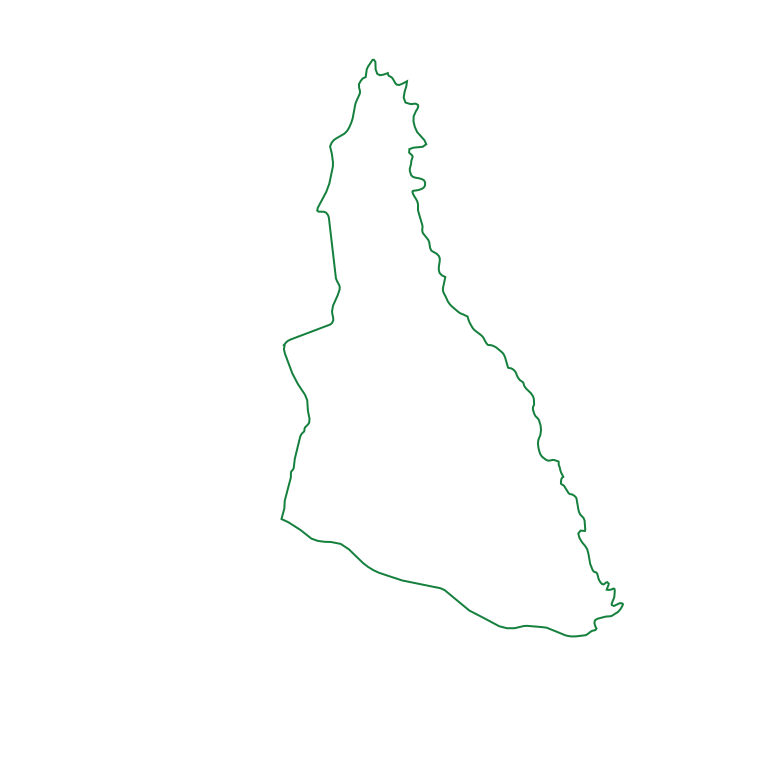 outline of Afar, rotated 159°
{"feature_id": "ETH-3111", "entity_name": "Afar", "entity_type": "Administrative State", "adm_level": 1, "iso_a3": "ETH", "parent_name": "Ethiopia", "parent_adm1": "", "projection": "albers", "projection_center": [40.326, 11.654], "detail": "fine", "context": "isolated", "style": "outline", "palette": "green", "viewbox_px": 768, "rotation_deg": 159, "n_neighbors": 0, "source": "natural_earth", "source_scale": "10m", "svg_char_len": 4513}
<svg xmlns="http://www.w3.org/2000/svg" viewBox="0 0 768 768"><g transform="rotate(159 384 384)"><path d="M485.3,358.8L481.3,364.6L480.1,365.9L478.7,367.0L477.2,367.7L476.0,368.1L475.1,368.8L474.5,370.3L473.4,371.7L469.2,373.6L467.7,374.7L466.0,378.2L464.6,386.4L461.5,396.3L461.6,402.3L464.4,414.8L465.8,426.7L465.6,447.7L465.0,452.3L463.1,455.4L463.6,456.2L462.5,456.7L460.7,457.8L458.7,458.6L455.6,459.0L412.9,458.8L410.6,459.6L408.4,461.8L407.6,464.6L407.2,467.6L406.5,470.4L403.5,475.4L395.3,483.6L391.6,488.1L390.6,490.3L390.4,492.4L391.0,496.9L391.0,499.9L375.8,559.3L375.8,562.0L376.7,564.8L378.5,566.4L383.2,568.3L384.2,569.8L382.7,572.2L369.1,584.0L363.2,590.7L353.7,605.5L352.1,609.6L350.2,617.5L349.2,625.1L346.4,628.0L343.5,629.7L340.1,630.5L331.2,631.9L327.5,633.6L324.3,636.2L320.9,639.7L318.0,643.3L310.7,655.2L309.3,657.0L302.5,663.8L301.7,665.3L301.3,667.0L301.1,669.4L299.9,672.9L297.5,675.0L294.6,676.8L291.1,677.1L287.3,684.0L285.1,686.1L278.5,690.7L277.2,690.3L276.6,687.8L279.1,680.6L279.1,675.9L277.1,673.7L273.6,673.0L269.0,672.9L269.3,670.9L268.8,669.6L267.8,668.6L266.9,667.4L266.3,665.4L265.6,660.6L264.8,658.9L262.6,657.7L259.7,657.7L254.0,658.4L256.4,654.1L260.1,649.3L263.0,644.3L263.1,639.1L259.3,636.1L257.9,635.4L254.9,634.7L253.8,634.2L252.3,632.4L252.6,630.7L254.1,629.0L256.4,627.3L260.3,623.4L262.4,618.5L263.1,613.0L262.8,607.4L258.9,597.1L258.6,592.7L262.9,591.6L271.9,594.1L276.1,594.2L277.6,591.1L277.1,589.8L276.4,588.6L275.8,587.3L275.8,585.9L278.8,582.1L279.7,580.0L282.8,575.7L283.6,573.3L283.8,569.2L282.7,566.9L280.6,565.3L277.3,563.3L275.0,561.5L273.6,559.6L273.4,557.3L274.6,554.6L276.3,553.2L278.9,552.6L281.5,552.7L283.8,553.0L286.2,553.6L287.8,553.9L288.6,553.2L288.8,551.0L288.4,548.1L287.8,545.2L287.5,542.4L287.9,539.4L289.9,534.3L290.2,532.3L291.3,518.5L291.9,516.4L293.2,514.0L293.6,511.9L293.6,511.1L293.5,510.5L291.0,502.6L291.0,499.9L292.2,494.6L292.1,492.2L291.5,490.8L288.1,486.7L286.9,483.8L286.9,481.4L287.8,479.0L290.9,473.6L292.0,470.7L292.3,467.8L291.1,464.8L288.4,461.9L294.4,452.7L295.2,451.1L295.6,449.2L295.6,447.2L295.1,443.4L294.8,438.2L294.1,435.2L293.0,432.4L288.7,424.5L287.2,422.4L285.1,420.5L281.8,417.0L282.1,413.8L282.1,410.6L281.2,404.6L280.3,402.0L275.7,394.5L274.7,392.0L274.0,386.4L273.4,384.1L273.0,383.3L272.5,382.9L270.1,381.9L267.9,380.0L266.0,377.7L262.2,370.8L261.6,368.6L261.4,365.6L262.3,355.1L262.1,354.5L259.6,353.0L258.8,352.0L258.2,351.2L257.5,349.8L256.9,348.2L256.8,346.7L256.8,343.5L256.6,341.8L256.2,340.2L255.6,338.7L253.6,335.8L253.5,334.5L253.7,333.1L253.7,331.5L252.9,328.6L250.2,322.9L249.4,319.7L249.3,318.2L249.4,317.1L249.6,315.9L251.3,310.8L253.2,309.1L254.1,306.9L254.3,304.4L254.4,301.9L254.1,299.7L252.6,296.3L252.3,294.5L252.7,289.0L254.0,284.5L256.3,280.4L259.9,276.5L261.6,273.4L262.8,268.4L263.3,263.2L262.6,259.6L260.0,255.3L258.3,253.6L256.1,253.0L253.7,252.7L252.2,251.9L248.9,249.2L248.8,248.7L249.5,246.9L249.9,245.7L249.8,243.3L250.3,240.2L250.4,238.1L249.9,233.0L251.3,232.7L252.7,231.4L253.8,229.4L254.5,227.6L254.3,226.9L253.1,225.5L252.4,224.4L250.8,216.0L250.1,214.8L249.8,214.5L248.8,214.0L248.1,213.6L246.6,211.8L246.3,211.3L245.5,209.6L245.3,208.2L247.5,197.2L247.8,194.5L247.5,191.7L245.7,187.3L245.7,184.6L248.2,176.2L249.1,174.8L253.1,176.7L256.2,174.8L256.7,170.1L255.7,164.8L254.3,160.9L253.5,157.0L254.0,152.2L256.0,142.0L255.9,135.7L255.8,135.1L255.6,134.3L255.2,133.4L253.6,132.2L253.0,131.0L253.0,129.4L253.5,125.4L253.4,123.5L253.0,121.3L252.2,119.3L250.9,118.2L249.7,118.4L248.0,119.1L246.6,119.0L245.7,117.0L246.3,116.1L249.8,112.2L248.2,111.3L246.4,110.8L244.6,110.7L243.0,110.8L242.3,110.1L242.7,108.1L245.4,102.5L250.2,97.3L250.5,95.9L248.9,94.4L242.4,94.9L240.0,93.6L239.9,92.7L240.7,91.7L243.6,89.3L247.0,87.4L254.4,85.9L256.1,86.1L260.3,87.4L268.4,88.3L271.2,88.0L271.5,87.8L271.8,87.5L272.6,86.6L273.3,85.1L273.3,84.8L273.5,82.0L273.4,80.5L273.2,79.6L274.2,78.9L275.0,78.5L277.5,78.9L279.0,78.9L284.2,77.4L286.1,77.3L295.6,79.7L300.2,81.5L304.3,84.0L312.4,91.6L319.6,98.3L325.8,101.5L337.0,106.9L340.0,107.9L349.5,109.2L356.7,111.9L363.2,116.5L374.2,129.2L385.5,141.9L393.8,156.6L401.3,169.9L404.5,173.1L418.8,182.2L437.3,194.0L448.5,203.1L456.6,209.8L460.7,214.1L464.4,218.9L467.8,224.5L476.1,242.4L481.7,250.2L490.1,255.5L496.1,258.0L502.1,261.3L507.2,265.7L514.2,277.5L522.9,289.3L528.1,294.7L521.7,303.4L518.5,310.6L504.4,330.2L502.9,334.1L502.0,335.5L499.5,336.8L498.3,338.1L494.1,346.1L485.3,358.8Z" fill="none" stroke="#15803d" stroke-width="2"/></g></svg>